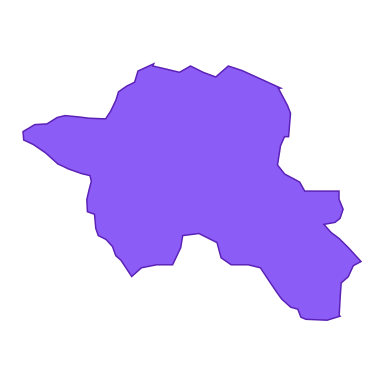 the district of Gimje-si, North Jeolla, South Korea
{"feature_id": "91817680B35753357340942", "entity_name": "Gimje-si", "entity_type": "district", "adm_level": 2, "iso_a3": "KOR", "parent_name": "South Korea", "parent_adm1": "North Jeolla", "projection": "orthographic", "projection_center": [126.91, 35.788], "detail": "fine", "context": "isolated", "style": "filled", "palette": "violet", "viewbox_px": 384, "rotation_deg": 0, "n_neighbors": 0, "source": "geoboundaries", "source_scale": "gbopen_adm2", "svg_char_len": 1176}
<svg xmlns="http://www.w3.org/2000/svg" viewBox="0 0 384 384"><path d="M339.0,191.1L313.8,191.1L304.7,191.1L299.7,182.1L284.6,174.0L277.5,165.0L280.5,145.8L284.5,136.7L288.6,136.7L290.5,113.3L287.5,105.5L278.4,88.4L280.6,88.1L242.4,70.7L228.3,66.0L215.7,77.0L203.1,72.3L190.5,66.0L179.5,72.3L152.8,66.0L153.7,63.8L138.0,71.0L134.6,82.2L126.9,86.0L118.5,91.8L115.9,100.2L110.7,111.1L105.6,118.9L88.8,118.2L78.5,116.9L65.0,115.6L57.2,117.5L46.9,123.9L34.7,124.6L23.0,131.6L23.7,140.0L33.3,144.5L45.6,152.9L57.8,163.9L68.8,169.1L81.6,173.6L90.0,175.6L91.3,181.4L89.4,188.5L86.8,199.5L87.0,203.7L87.4,211.7L94.5,214.3L95.8,228.5L98.3,235.6L106.1,239.5L112.5,246.6L115.8,255.7L120.9,260.2L131.7,276.5L141.4,267.8L156.5,264.8L172.6,264.8L180.7,247.7L182.7,235.6L198.9,233.5L217.0,242.6L221.1,257.8L231.2,264.8L248.3,264.8L260.4,267.8L270.5,283.0L276.6,292.0L281.7,299.1L290.7,307.2L297.8,309.2L300.9,317.2L305.9,319.3L327.1,320.2L340.1,316.2L339.2,315.2L340.2,297.0L341.2,282.9L348.2,276.8L353.3,265.7L361.0,261.5L348.2,247.5L339.1,238.5L331.0,232.4L323.9,224.4L335.0,222.4L340.1,218.3L343.1,209.2L339.0,199.2L339.0,191.1Z" fill="#8b5cf6" stroke="#5b21b6" stroke-width="1.5"/></svg>